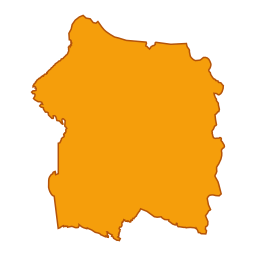 outline of Kota Pekanbaru, Riau, Indonesia
{"feature_id": "22746128B3549150233660", "entity_name": "Kota Pekanbaru", "entity_type": "district", "adm_level": 2, "iso_a3": "IDN", "parent_name": "Indonesia", "parent_adm1": "Riau", "projection": "robinson", "projection_center": [101.448, 0.555], "detail": "fine", "context": "isolated", "style": "filled", "palette": "amber", "viewbox_px": 256, "rotation_deg": 0, "n_neighbors": 0, "source": "geoboundaries", "source_scale": "gbopen_adm2", "svg_char_len": 5673}
<svg xmlns="http://www.w3.org/2000/svg" viewBox="0 0 256 256"><path d="M69.3,39.8L70.5,40.0L70.9,40.5L70.8,41.0L71.2,41.2L71.2,41.7L71.0,42.3L71.3,42.4L71.2,42.9L71.3,42.8L71.4,42.4L71.6,42.5L71.7,43.4L71.5,43.9L71.3,43.7L71.1,43.8L71.2,44.3L70.9,44.7L71.1,45.0L70.6,45.0L70.7,45.7L70.4,45.7L70.3,46.1L70.1,45.6L69.8,46.1L69.3,46.1L69.1,46.2L69.1,46.8L68.7,46.9L68.4,47.2L68.7,48.6L68.5,49.1L68.7,49.4L68.7,51.0L67.9,52.8L67.9,53.1L67.2,54.3L67.0,54.6L66.1,55.1L65.5,55.9L63.6,57.7L63.3,58.3L62.2,58.8L61.3,59.0L60.9,59.9L60.3,60.7L58.6,61.2L57.8,62.2L55.2,63.9L54.8,65.0L53.7,65.6L52.4,67.3L51.4,67.8L50.6,69.1L48.6,70.6L47.7,71.8L47.3,72.1L47.3,72.4L46.8,72.6L46.7,73.2L47.0,73.4L46.5,73.9L46.1,74.1L45.2,74.1L44.6,74.3L44.3,74.8L43.0,75.6L43.2,76.1L42.4,76.1L41.9,76.5L41.5,76.5L41.2,77.1L40.2,77.6L40.2,78.0L39.6,78.4L38.8,78.5L38.7,78.8L38.0,79.4L37.0,80.1L35.8,82.1L35.5,82.1L35.1,83.2L34.2,83.8L33.0,86.0L33.1,86.9L34.1,86.2L35.4,86.9L35.1,88.0L36.2,88.3L36.0,90.4L34.4,90.8L33.0,90.8L31.6,92.1L32.9,93.7L34.4,93.7L35.0,94.4L34.9,96.1L33.5,98.5L34.7,99.7L38.1,101.7L40.1,101.7L41.7,102.3L42.6,104.3L41.0,104.1L39.7,105.9L40.9,107.0L43.4,107.8L43.5,109.2L45.4,112.1L46.8,112.1L48.1,112.7L48.5,115.0L51.9,118.4L53.1,118.4L53.4,117.8L53.2,115.8L54.2,115.7L55.3,116.1L56.0,117.2L56.9,120.5L59.5,121.0L61.5,123.4L62.6,124.2L62.9,124.2L62.9,123.7L62.5,122.9L62.0,121.0L61.9,119.9L62.2,119.1L62.9,118.7L63.5,118.9L65.2,120.6L64.8,125.4L65.0,126.5L66.0,127.2L66.8,128.4L66.0,129.1L65.8,130.0L65.9,131.7L65.5,132.5L65.3,132.9L64.8,132.9L64.7,133.4L64.3,133.5L63.8,134.1L64.0,134.3L63.8,134.5L63.7,134.9L64.2,135.9L64.1,136.5L63.6,137.1L62.7,137.4L61.8,138.3L61.3,139.0L61.3,139.7L61.1,140.3L60.8,140.7L60.6,141.4L60.3,141.8L60.0,142.6L59.7,142.9L58.3,143.2L58.3,173.6L55.7,174.7L55.2,173.1L55.5,172.4L55.1,171.4L53.3,172.2L53.1,172.4L52.8,173.2L52.8,173.7L51.4,174.5L50.8,175.1L49.5,177.1L48.9,178.8L48.7,180.5L48.6,187.3L49.1,189.4L49.9,191.6L51.0,193.6L51.7,194.6L52.6,195.5L54.2,196.2L58.2,228.4L60.2,227.6L60.5,227.2L61.2,226.8L63.4,225.6L63.6,225.6L63.7,226.7L65.6,226.1L65.7,226.4L66.3,226.3L67.5,226.3L67.6,227.2L71.5,226.4L72.8,226.6L75.2,227.6L77.1,227.7L77.4,227.5L78.3,227.4L78.7,226.4L78.9,226.3L79.2,225.4L79.1,224.7L81.8,226.8L83.6,227.7L86.9,228.7L87.2,227.9L87.7,228.1L88.5,228.6L91.6,229.9L95.2,232.3L98.5,233.1L100.0,233.8L100.9,234.8L101.8,235.1L104.7,236.5L105.6,236.8L105.8,236.0L106.5,236.3L107.3,237.2L108.3,237.3L108.4,236.5L107.9,235.4L107.3,235.3L107.3,235.2L107.3,233.3L107.1,232.4L107.4,232.0L107.3,231.9L107.6,231.9L108.4,233.0L112.2,235.0L111.6,236.2L113.4,237.2L113.6,238.3L117.0,240.3L118.2,240.2L119.3,240.6L120.3,238.6L117.8,237.0L118.9,235.9L118.6,234.6L118.9,234.6L119.1,233.7L118.9,233.4L119.2,233.0L119.1,232.4L119.8,231.7L119.9,230.3L120.2,229.6L119.1,228.8L119.2,228.2L119.9,227.0L120.3,227.1L121.1,226.9L121.6,226.3L122.0,225.2L122.0,224.5L121.8,223.9L121.9,222.9L122.3,222.0L122.7,222.2L123.6,220.3L123.8,219.6L124.7,220.0L124.5,220.5L125.6,221.2L127.0,221.3L127.0,221.2L127.5,221.4L127.7,220.9L127.9,220.9L127.9,221.3L129.0,221.5L129.6,222.0L130.3,222.0L130.4,221.7L130.7,221.7L130.8,220.4L131.2,220.5L131.2,220.3L132.2,220.3L132.0,219.8L132.4,219.2L132.9,218.8L133.0,218.4L133.8,218.7L133.9,218.4L135.6,216.5L136.4,216.0L136.7,215.0L138.7,212.0L139.6,211.0L140.6,208.8L146.9,211.3L154.3,216.7L157.2,217.2L161.2,216.8L162.2,218.0L164.6,219.5L166.7,219.7L168.7,219.7L168.7,221.0L172.6,224.0L175.3,225.0L176.0,224.6L176.4,223.3L177.1,223.5L177.1,225.4L178.2,226.7L179.4,226.7L183.8,227.4L185.7,227.4L186.1,227.8L187.2,227.6L190.3,227.4L194.6,227.8L196.5,228.9L196.5,228.7L197.6,230.3L198.4,232.6L199.6,232.6L201.2,233.7L205.8,233.9L206.3,232.2L206.5,230.6L205.4,229.3L205.7,226.7L207.0,226.0L207.8,224.7L207.9,221.5L205.5,215.8L207.5,213.0L208.6,210.9L210.6,209.8L210.8,210.2L208.4,204.7L207.2,198.4L208.1,196.7L209.4,195.4L211.0,195.0L213.0,194.9L215.9,195.6L219.2,195.8L221.2,193.9L218.7,184.2L217.9,181.6L215.0,176.4L215.0,175.4L216.2,173.1L216.8,171.4L216.6,169.5L216.6,167.1L218.7,163.9L220.9,159.1L221.7,155.7L221.8,152.8L221.5,151.8L221.5,149.9L222.7,148.3L223.7,147.8L224.4,146.7L224.2,145.2L223.7,144.3L222.2,141.8L221.1,140.6L221.1,139.5L221.4,139.0L221.1,138.1L220.6,137.7L219.8,137.6L219.5,137.9L218.8,138.2L216.7,138.2L215.6,138.4L214.7,138.3L214.0,138.0L213.3,137.3L212.7,135.5L212.5,134.3L212.1,133.4L212.3,132.5L212.0,131.3L212.2,130.7L213.5,129.0L214.6,126.2L215.9,125.5L216.5,124.8L215.5,119.4L215.0,114.7L216.5,113.6L217.7,111.9L218.8,111.6L219.4,109.3L218.4,105.1L218.3,103.2L216.4,100.6L216.4,99.1L215.4,97.7L214.4,95.1L214.0,93.3L216.6,93.6L218.3,94.8L219.3,94.7L220.9,93.5L222.0,91.8L222.5,90.4L223.1,88.5L223.3,85.6L222.2,84.6L221.4,83.4L220.9,82.9L219.6,82.5L218.7,82.5L218.5,82.4L218.0,81.0L217.3,81.0L216.6,80.4L215.7,80.5L215.3,79.7L214.6,79.0L213.7,78.9L212.1,76.8L210.5,74.1L210.5,73.3L210.2,72.5L209.4,71.8L208.8,70.7L208.9,69.4L209.7,68.7L210.5,66.8L210.9,65.1L210.9,64.1L210.5,62.8L209.8,61.1L208.8,59.3L207.3,58.0L205.4,57.4L203.4,57.5L202.1,58.6L200.5,59.9L199.5,60.2L195.4,60.6L194.4,60.2L193.2,59.5L191.4,57.8L190.4,56.4L190.0,54.8L189.4,51.8L189.4,50.2L188.8,49.0L187.4,47.1L186.9,45.9L186.4,43.5L170.8,44.3L155.9,42.3L155.4,42.6L155.2,42.9L155.1,43.5L155.3,44.3L154.4,45.2L153.9,45.6L153.2,45.5L152.0,46.3L151.5,46.4L150.9,47.0L150.2,48.3L149.4,49.0L149.0,48.3L148.2,47.9L147.0,46.5L145.9,46.1L145.8,45.7L145.8,45.4L146.5,43.3L146.1,42.1L126.3,40.4L118.5,38.0L114.5,37.0L110.1,34.4L106.1,31.6L104.1,29.8L101.7,26.9L97.9,21.5L95.9,23.2L93.2,22.6L90.2,18.8L86.1,18.1L83.1,15.4L79.3,17.0L75.2,20.2L72.2,24.5L71.2,29.1L68.9,33.3L69.3,39.8Z" fill="#f59e0b" stroke="#b45309" stroke-width="1.5"/></svg>